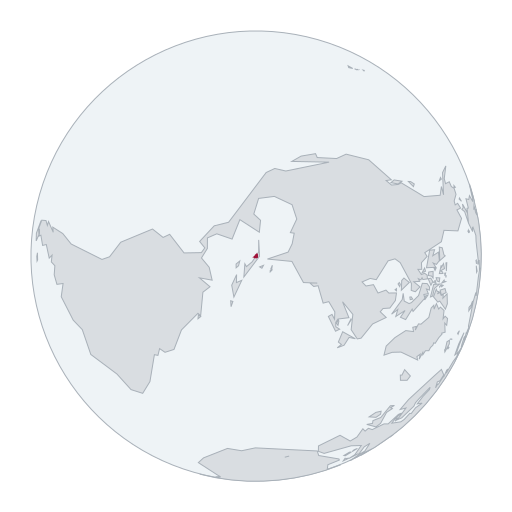 Cienfuegos highlighted on a globe, orthographic projection, rotated 103°
{"feature_id": "CUB-1319", "entity_name": "Cienfuegos", "entity_type": "Province", "adm_level": 1, "iso_a3": "CUB", "parent_name": "Cuba", "parent_adm1": "", "projection": "orthographic", "projection_center": [-80.492, 22.206], "detail": "medium", "context": "on_globe", "style": "filled", "palette": "rose", "viewbox_px": 512, "rotation_deg": 103, "n_neighbors": 0, "source": "natural_earth", "source_scale": "10m", "svg_char_len": 9737}
<svg xmlns="http://www.w3.org/2000/svg" viewBox="0 0 512 512"><g transform="rotate(103 256 256)"><circle cx="256" cy="256" r="225" fill="#eef3f6" stroke="#a8b0b8"/><path d="M265.0,310.0L259.6,307.7L254.5,314.2L236.0,303.5L229.3,290.3L172.4,264.9L166.5,257.4L166.5,246.1L148.1,205.9L155.8,242.4L148.5,234.5L142.9,221.0L146.3,218.5L142.9,199.4L136.5,191.1L136.9,167.8L151.3,141.3L153.2,146.2L156.4,139.9L154.3,133.5L152.0,131.0L160.3,105.6L155.4,90.2L146.6,91.0L154.2,87.0L132.8,93.0L125.5,91.3L138.2,90.0L142.9,87.6L140.2,84.4L144.4,81.3L145.5,78.2L150.9,75.0L157.8,75.3L161.4,73.4L159.3,71.4L163.3,67.4L165.9,70.6L173.1,64.2L186.1,64.9L188.7,78.6L200.4,78.6L214.8,92.3L217.9,89.2L225.3,93.3L231.7,91.5L232.6,95.2L236.9,90.7L234.9,87.8L236.1,85.0L239.7,83.8L241.4,88.1L239.9,89.3L242.2,90.0L241.6,92.7L243.9,90.8L245.6,96.5L249.2,89.3L255.0,92.7L254.6,97.0L247.8,98.4L230.0,114.0L227.5,119.9L231.0,126.2L252.0,133.5L252.2,139.7L257.4,146.8L260.5,142.1L257.5,135.1L264.6,128.8L260.0,121.7L262.2,118.3L260.4,110.8L268.1,110.2L276.6,113.9L278.6,120.4L282.4,122.4L286.6,115.3L296.0,127.1L312.4,135.1L314.0,138.7L306.4,146.7L291.1,148.5L281.1,161.4L295.2,151.6L299.0,162.0L302.8,163.4L307.0,162.3L308.5,158.0L311.4,161.6L298.6,171.9L295.8,168.8L299.9,165.3L292.7,166.6L284.1,174.8L286.8,180.0L271.0,188.8L272.7,192.9L270.2,197.4L268.6,190.2L271.2,203.8L253.2,219.8L256.4,244.2L245.0,225.6L236.0,223.5L225.2,223.9L225.5,227.8L210.8,224.6L197.9,232.4L193.8,251.5L199.3,266.4L215.6,267.6L220.2,259.6L232.1,258.1L224.2,279.9L244.9,283.1L243.2,299.2L249.3,307.4L259.6,305.1L270.2,308.7L277.5,299.1L289.4,293.3L290.0,306.2L296.3,293.9L303.2,299.6L326.6,296.5L324.9,299.7L344.8,312.0L365.5,314.9L370.3,323.0L367.9,329.1L374.9,329.2L375.0,332.8L402.2,331.1L415.3,335.5L414.3,347.7L402.3,364.9L389.1,394.8L366.8,408.7L359.6,419.7L339.5,436.6L326.2,437.8L328.4,443.6L319.7,448.4L310.7,449.8L307.8,454.1L301.0,454.9L304.6,457.0L292.0,462.9L293.7,466.3L284.1,470.3L285.4,471.9L282.4,472.1L278.8,473.0L277.9,473.9L269.3,472.8L268.7,468.6L273.1,466.2L269.1,465.9L278.5,458.9L273.6,460.5L277.6,449.3L285.9,438.8L294.0,405.3L289.7,398.5L273.0,390.9L253.0,362.9L258.8,350.7L254.3,345.0L269.2,326.8L265.0,310.0ZM50.0,209.0L51.5,203.9L51.6,208.0L50.0,209.0ZM51.8,200.3L51.4,202.1L51.6,200.4L51.8,200.3ZM51.6,198.7L51.8,199.8L51.3,199.0L51.6,198.7ZM51.0,197.2L51.4,197.8L51.0,197.2ZM255.5,252.5L279.2,263.1L266.1,265.1L268.5,262.9L262.5,258.4L251.3,254.3L239.7,257.0L255.5,252.5ZM50.8,193.4L50.8,192.3L51.4,192.4L50.8,193.4ZM265.4,238.7L261.3,238.0L265.3,237.7L265.4,238.7ZM150.3,130.6L153.8,133.8L154.2,141.0L150.8,138.5L150.3,130.6ZM150.2,118.0L153.0,118.2L149.1,124.3L148.7,122.2L150.2,118.0ZM139.4,92.7L141.4,94.3L138.0,93.9L139.4,92.7ZM144.8,78.4L142.8,79.0L144.2,77.2L144.8,78.4ZM256.2,111.8L258.3,111.3L257.6,112.9L256.2,111.8ZM253.5,109.1L251.3,111.3L249.6,110.4L251.1,109.0L253.5,109.1ZM153.7,70.8L156.5,68.1L154.8,70.9L153.7,70.8ZM256.7,106.7L247.0,108.5L244.2,106.9L247.3,100.7L256.7,106.7ZM158.9,66.5L165.7,60.4L162.0,61.1L176.2,56.3L165.8,62.7L164.3,65.9L162.4,65.0L158.9,66.5ZM232.7,87.4L235.0,90.4L229.8,89.0L232.7,87.4ZM229.1,87.2L211.3,88.1L209.7,83.4L216.0,83.8L211.2,79.1L219.2,76.3L223.6,78.3L223.0,81.8L226.5,78.2L229.1,87.2ZM183.0,54.9L185.7,53.8L184.2,55.1L183.0,54.9ZM236.2,83.7L232.8,84.1L231.1,80.0L237.7,78.5L236.1,80.3L236.2,83.7ZM206.1,79.4L206.1,76.4L212.5,73.2L213.3,71.7L219.2,75.9L206.1,79.4ZM238.3,80.7L241.1,78.0L245.1,79.0L239.4,83.1L238.3,80.7ZM227.9,79.7L227.4,77.8L229.8,78.3L227.9,79.7ZM260.9,81.8L256.8,81.9L255.6,79.7L260.9,81.8ZM241.9,76.9L240.5,76.6L239.5,75.9L242.2,74.4L241.9,76.9ZM223.3,73.5L226.0,73.0L221.2,71.6L225.9,69.5L229.0,72.9L229.6,70.6L231.0,69.9L231.9,73.4L223.3,73.5ZM242.0,70.8L247.5,74.9L255.4,74.9L256.7,76.8L243.8,76.5L242.0,70.8ZM236.0,72.0L240.0,71.6L239.6,73.9L236.6,75.6L236.0,72.0ZM227.9,67.1L220.0,69.4L219.6,68.6L227.9,67.1ZM244.4,70.3L243.0,69.4L245.0,70.0L244.4,70.3ZM233.0,67.4L230.3,68.3L229.9,67.4L233.0,67.4ZM242.5,67.0L244.2,68.2L242.3,69.3L242.5,67.0ZM238.2,66.8L238.3,65.4L240.5,68.9L237.1,67.3L238.2,66.8ZM233.1,66.4L232.0,66.2L234.3,66.2L233.1,66.4ZM248.9,62.5L252.1,66.7L247.8,68.9L245.2,64.5L248.9,62.5ZM283.2,475.1L269.8,473.4L277.6,474.2L284.1,472.3L290.7,473.6L283.2,475.1ZM302.0,469.7L308.9,467.9L310.2,468.2L305.7,469.5L302.0,469.7ZM427.1,109.4L422.6,104.6L415.0,96.5L427.1,109.4ZM402.4,84.8L401.9,84.3L399.0,81.9L400.3,83.3L413.6,95.3L416.3,97.8L423.4,106.5L428.6,111.7L432.7,116.8L425.4,110.1L421.6,106.1L412.9,102.9L417.6,107.6L426.0,111.3L426.0,112.4L432.4,119.9L427.5,115.1L417.0,110.8L419.5,120.5L433.0,145.2L432.3,151.3L427.0,152.4L411.8,133.8L415.1,122.6L409.7,116.9L400.3,113.0L402.1,110.3L398.6,107.7L399.0,103.7L390.8,93.5L389.9,89.5L378.3,81.6L376.3,78.8L383.7,84.1L388.3,86.0L385.0,77.6L381.9,74.8L374.7,70.7L374.6,69.3L368.0,66.4L362.0,61.0L363.8,65.6L355.4,61.8L347.2,57.0L344.7,56.8L358.1,64.9L363.1,67.6L366.9,68.4L380.9,77.6L383.8,81.5L370.4,75.7L373.1,81.0L361.5,75.0L332.6,55.3L324.8,49.8L329.6,46.3L336.2,48.7L337.8,51.0L344.1,51.4L339.9,50.1L339.9,49.4L331.8,46.5L331.4,45.8L324.3,44.5L322.9,43.4L327.4,44.3L314.2,40.1L309.1,37.9L306.3,37.4L304.8,37.4L299.3,35.3L297.5,35.0L298.6,35.5L295.7,35.5L288.4,34.9L286.9,34.2L289.3,34.3L292.1,33.9L298.8,34.9L297.4,34.6L291.3,33.6L287.9,34.0L283.9,33.9L284.6,33.3L284.1,33.5L281.6,33.3L277.8,32.6L276.6,33.2L251.9,34.1L242.1,33.6L245.4,32.5L226.6,34.6L217.0,35.2L218.0,35.5L209.7,37.6L212.6,37.4L212.5,37.7L192.4,44.8L186.5,46.4L179.0,51.1L179.6,51.5L183.5,50.4L176.2,56.3L162.0,61.1L161.5,59.9L153.0,64.3L153.1,61.4L149.2,61.6L154.3,56.9L150.8,58.0L147.8,59.7L140.9,62.9L137.7,64.3L142.7,61.3L153.2,55.7L161.9,54.3L159.5,53.8L163.9,52.0L165.4,50.8L163.4,51.0L160.7,52.2L172.0,47.0L187.4,41.4L203.1,37.0L219.2,33.8L235.4,31.7L251.7,30.8L268.1,31.0L284.4,32.5L300.5,35.2L316.4,39.0L332.0,43.9L347.2,50.0L361.9,57.2L376.1,65.4L389.6,74.6L402.4,84.8ZM481.2,261.8L481.2,261.1L481.0,244.4L480.5,240.1L480.2,245.8L479.0,240.9L478.4,243.3L470.3,265.7L464.5,261.7L449.9,240.5L449.0,226.2L443.1,213.5L432.2,152.5L436.3,150.0L435.1,129.5L436.1,128.9L443.2,139.0L447.9,138.6L441.1,128.0L440.4,126.5L449.1,139.9L456.8,153.9L463.5,168.4L469.2,183.3L473.8,198.6L477.4,214.1L479.8,229.9L481.1,245.8L481.2,261.8ZM443.5,178.7L445.6,182.7L443.5,178.7ZM327.4,296.2L330.2,298.4L326.5,298.9L327.4,296.2ZM264.5,270.7L269.4,270.8L272.0,272.7L268.3,273.6L264.5,270.7ZM305.5,268.3L311.0,268.9L305.3,270.6L305.5,268.3ZM282.9,264.4L301.0,268.3L289.9,273.1L278.5,270.7L286.3,269.1L282.9,264.4ZM263.4,246.6L266.6,247.5L265.8,250.0L263.4,246.6ZM268.3,238.6L267.1,238.9L265.5,236.9L268.3,238.6ZM299.7,161.3L300.8,160.6L305.2,160.5L303.4,162.4L299.7,161.3ZM323.1,150.1L327.2,156.2L323.0,152.9L321.3,156.4L310.3,154.5L314.3,140.5L314.4,147.0L323.1,150.1ZM296.7,148.9L303.2,151.1L296.0,149.3L296.7,148.9ZM379.1,99.2L382.1,99.0L386.2,102.8L387.3,109.6L381.4,104.0L379.1,99.2ZM385.3,98.1L371.7,91.4L370.5,87.5L373.5,90.7L374.0,88.8L379.0,93.6L391.1,97.0L395.5,100.7L395.2,110.2L392.9,104.8L390.1,105.0L385.3,98.1ZM339.2,87.0L333.3,85.6L338.2,78.6L343.1,80.8L344.6,87.3L339.6,88.6L339.2,87.0ZM263.9,95.9L261.4,96.9L260.9,95.6L262.7,93.6L263.9,95.9ZM259.1,82.0L274.7,90.5L272.6,91.9L284.3,95.9L283.2,101.5L275.6,98.5L283.5,106.2L276.2,105.8L282.2,110.8L265.5,103.7L259.3,104.2L266.6,101.4L267.9,96.2L266.5,94.1L258.0,88.7L245.2,87.8L244.4,83.0L247.2,79.9L250.2,79.4L249.8,82.5L254.0,79.6L255.7,83.8L259.1,82.0ZM280.6,54.6L278.9,57.0L287.7,54.6L289.4,57.7L290.3,57.2L294.4,59.5L300.8,61.8L300.6,63.3L303.2,63.6L305.9,65.4L309.4,66.3L310.2,69.6L314.6,71.2L312.5,71.8L319.8,73.8L314.7,73.9L317.8,76.6L321.0,75.1L317.0,93.1L319.2,101.6L323.8,109.0L314.5,108.9L304.3,102.3L295.0,93.3L294.2,85.5L290.2,87.2L288.6,84.1L292.4,84.1L285.6,82.4L285.3,79.9L277.0,73.8L267.3,73.6L264.0,71.7L267.7,70.5L261.8,69.5L266.6,66.1L264.3,64.8L266.8,60.5L275.2,59.6L272.1,58.2L273.8,55.3L280.6,54.6ZM249.9,61.3L259.5,58.8L265.2,59.5L258.6,66.8L260.0,68.5L255.9,73.8L247.8,72.9L249.7,71.4L249.6,69.7L252.2,70.7L250.1,68.7L252.7,66.7L251.7,64.8L255.1,64.4L249.9,61.3ZM433.0,123.7L433.0,122.5L432.0,119.9L436.0,124.9L433.0,123.7ZM426.1,120.8L425.5,118.9L430.6,124.1L430.6,125.5L426.1,120.8ZM420.7,113.9L425.0,118.4L422.7,116.8L420.7,113.9ZM382.7,82.4L381.5,80.5L383.0,81.2L385.7,83.4L382.7,82.4ZM307.0,50.4L305.1,51.1L303.7,50.6L296.5,50.6L294.6,48.6L298.2,47.9L307.0,50.4ZM432.8,116.4L434.4,118.7L433.4,117.3L432.8,116.4L432.8,116.4ZM303.7,48.3L301.0,48.4L301.7,47.4L303.7,48.3ZM292.9,47.3L293.0,46.0L293.5,48.4L292.9,47.3ZM283.9,36.1L296.0,37.8L303.5,38.7L305.7,38.2L307.7,40.0L296.2,38.7L283.9,36.1ZM256.1,34.2L254.1,35.3L251.5,34.9L251.6,34.6L256.1,34.2ZM257.3,34.8L261.5,36.3L258.1,36.9L255.5,35.6L257.3,34.8ZM283.0,41.0L286.8,41.5L286.0,42.2L283.0,41.0ZM184.3,53.5L185.6,53.7L183.0,54.4L184.3,53.5ZM214.3,37.6L213.6,38.2L210.7,38.7L214.3,37.6ZM210.4,40.4L214.1,39.4L210.8,40.7L210.4,40.4ZM222.3,37.4L215.9,39.2L221.1,37.1L222.3,37.4Z" fill="#d9dde1" stroke="#a8b0b8" stroke-width="1"/><path d="M257.4,257.5L257.3,257.4L257.1,257.4L256.8,257.3L256.7,257.2L256.3,256.7L256.2,256.6L256.3,256.5L256.3,256.4L256.2,256.4L256.1,256.2L255.9,256.1L256.0,256.3L256.1,256.5L255.9,256.6L255.6,256.6L255.6,256.4L255.3,256.3L255.2,256.3L254.9,256.3L254.8,256.2L254.7,256.1L254.5,255.9L254.4,255.8L254.4,255.7L254.5,255.4L254.4,255.4L254.5,255.2L254.4,255.2L254.6,255.0L254.7,254.9L254.8,254.9L255.0,255.0L255.4,255.0L255.5,255.0L255.7,254.9L255.8,254.7L256.0,254.6L256.3,254.6L256.4,254.8L256.5,254.8L256.5,254.7L256.8,254.6L256.8,254.8L256.9,255.0L257.0,255.1L256.9,255.3L257.1,255.5L257.3,255.5L257.4,255.8L257.5,255.8L257.4,256.0L257.4,256.3L257.5,256.5L257.6,256.9L257.7,257.0L257.5,257.3L257.4,257.3L257.4,257.5Z" fill="#f43f5e" stroke="#9f1239" stroke-width="1.5"/></g></svg>